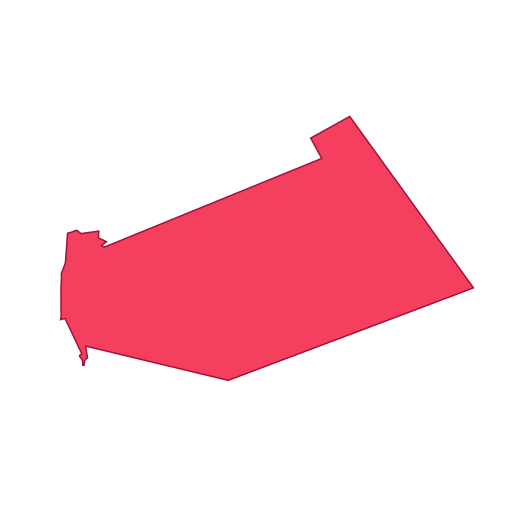 outline of San Felipe de Jesús, Sonora, Mexico, rotated 167°
{"feature_id": "50627088B39189981083600", "entity_name": "San Felipe de Jesús", "entity_type": "district", "adm_level": 2, "iso_a3": "MEX", "parent_name": "Mexico", "parent_adm1": "Sonora", "projection": "natural_earth1", "projection_center": [-110.249, 29.87], "detail": "fine", "context": "isolated", "style": "filled", "palette": "rose", "viewbox_px": 512, "rotation_deg": 167, "n_neighbors": 0, "source": "geoboundaries", "source_scale": "gbopen_adm2", "svg_char_len": 1020}
<svg xmlns="http://www.w3.org/2000/svg" viewBox="0 0 512 512"><g transform="rotate(167 256 256)"><path d="M133.3,370.9L176.2,358.6L170.0,336.3L401.8,298.8L404.2,300.8L398.5,303.6L405.4,308.9L403.6,315.6L421.5,317.2L424.8,321.4L427.7,321.2L429.4,320.8L434.5,320.6L443.3,292.1L447.5,285.8L449.6,282.6L450.7,277.7L452.9,270.0L453.4,267.6L454.3,264.1L454.8,261.9L455.4,258.8L455.7,257.8L456.0,256.6L456.3,255.1L456.5,254.4L456.6,253.9L456.9,252.9L457.4,250.4L457.6,249.4L457.9,248.2L458.1,247.4L458.3,246.3L458.6,245.2L458.7,244.3L459.0,242.8L459.3,241.9L459.4,241.2L459.7,240.4L460.0,239.5L460.2,239.0L460.7,238.0L456.1,238.1L447.7,199.7L450.1,198.9L450.5,198.3L450.3,197.5L449.8,196.5L449.2,195.2L448.8,194.1L448.6,192.4L448.7,191.2L449.4,189.4L449.4,188.4L448.2,188.2L448.0,188.8L447.4,190.1L447.0,191.5L446.4,192.5L445.8,193.1L444.8,194.0L443.1,194.5L442.3,206.4L439.2,205.0L311.1,141.1L78.2,172.4L73.0,173.1L51.3,176.1L102.1,296.8L105.0,303.6L133.3,370.9Z" fill="#f43f5e" stroke="#9f1239" stroke-width="1.5"/></g></svg>